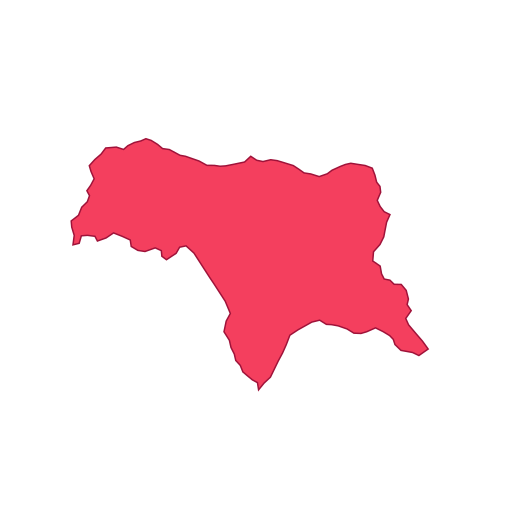 outline of Valinhos, São Paulo, Brazil, rotated 56°
{"feature_id": "56859067B52008332271728", "entity_name": "Valinhos", "entity_type": "district", "adm_level": 2, "iso_a3": "BRA", "parent_name": "Brazil", "parent_adm1": "São Paulo", "projection": "albers", "projection_center": [-46.981, -22.98], "detail": "fine", "context": "isolated", "style": "filled", "palette": "rose", "viewbox_px": 512, "rotation_deg": 56, "n_neighbors": 0, "source": "geoboundaries", "source_scale": "gbopen_adm2", "svg_char_len": 1923}
<svg xmlns="http://www.w3.org/2000/svg" viewBox="0 0 512 512"><g transform="rotate(56 256 256)"><path d="M123.6,389.6L129.0,392.6L137.3,395.2L144.4,401.5L146.6,395.5L141.6,389.5L144.6,384.2L149.6,378.5L154.9,379.1L157.2,370.2L157.2,361.2L164.9,355.9L172.4,351.3L178.3,354.1L185.3,350.8L190.2,345.5L192.9,335.0L198.6,331.5L203.6,334.2L209.0,332.3L209.1,320.7L206.0,314.4L208.5,308.3L218.9,305.8L238.2,306.2L248.5,306.4L255.1,306.4L276.3,306.8L289.3,309.4L293.3,317.1L300.9,324.9L311.0,325.2L317.9,327.9L325.1,328.8L331.3,331.2L337.9,330.2L344.8,331.7L350.8,330.0L356.6,328.3L361.8,325.6L368.4,328.7L365.9,320.5L364.5,311.8L355.5,296.3L351.3,288.3L346.5,280.6L340.6,272.2L340.7,262.3L342.0,246.7L344.8,239.1L352.0,235.9L355.2,231.7L359.9,226.9L367.4,221.3L374.7,218.0L378.9,212.3L380.7,206.6L382.4,197.1L389.8,192.9L396.7,189.7L401.9,188.8L407.1,190.3L415.3,188.6L423.5,180.2L429.6,176.6L429.4,165.3L419.7,165.6L409.6,166.8L398.4,168.0L391.5,166.8L388.1,157.9L380.8,157.9L376.9,153.7L368.5,150.7L360.8,151.5L356.7,157.3L350.9,158.5L346.8,162.6L341.0,161.9L333.8,158.7L325.4,162.0L318.2,156.2L315.8,146.8L311.6,139.4L305.8,133.6L301.0,128.8L296.6,121.8L290.9,125.0L284.4,125.4L277.7,124.4L272.9,117.0L267.6,114.3L262.3,114.7L255.5,112.2L248.2,110.5L242.0,114.9L236.2,121.2L232.1,125.6L230.1,130.7L228.9,136.0L227.4,145.0L227.7,150.9L225.5,159.2L218.6,164.7L214.0,169.7L207.9,172.0L201.9,174.5L194.2,180.7L188.8,185.1L184.4,190.0L181.6,197.4L177.0,201.9L170.4,204.6L171.7,212.9L167.9,222.2L164.3,230.8L161.5,235.6L157.5,240.0L153.4,246.0L145.4,250.1L139.4,254.6L133.9,258.7L130.0,262.7L125.4,265.1L119.3,268.3L114.7,273.4L108.4,275.2L101.5,278.3L97.2,281.7L96.2,287.2L93.9,293.4L92.9,300.5L93.6,306.2L87.6,310.9L82.4,320.2L84.9,327.4L85.9,335.6L87.9,343.7L93.6,345.5L101.5,347.0L105.0,353.6L107.3,359.7L112.9,360.3L116.7,365.5L118.1,373.2L123.0,380.4L123.6,389.6Z" fill="#f43f5e" stroke="#9f1239" stroke-width="1.5"/></g></svg>